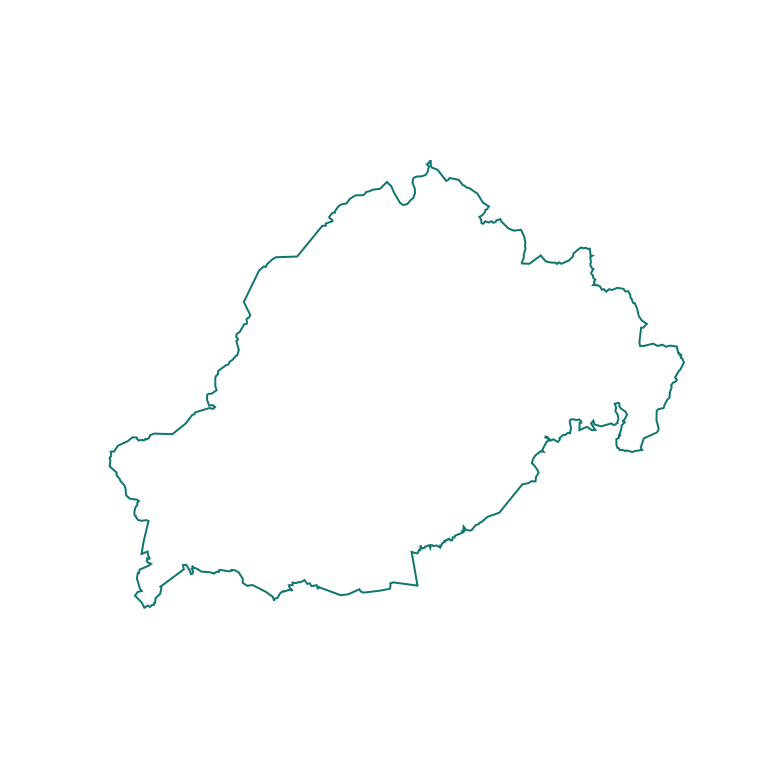 the district of Charo, Michoacán, Mexico, rotated 255°
{"feature_id": "50627088B3095160653206", "entity_name": "Charo", "entity_type": "district", "adm_level": 2, "iso_a3": "MEX", "parent_name": "Mexico", "parent_adm1": "Michoacán", "projection": "albers", "projection_center": [-101.029, 19.669], "detail": "fine", "context": "isolated", "style": "outline", "palette": "teal", "viewbox_px": 768, "rotation_deg": 255, "n_neighbors": 0, "source": "geoboundaries", "source_scale": "gbopen_adm2", "svg_char_len": 6150}
<svg xmlns="http://www.w3.org/2000/svg" viewBox="0 0 768 768"><g transform="rotate(255 384 384)"><path d="M563.9,381.6L562.2,380.9L562.7,379.7L562.4,378.0L559.5,374.2L558.5,374.3L555.7,376.4L554.5,376.3L554.1,369.3L551.9,368.8L552.8,365.4L529.6,333.2L534.4,312.4L533.3,308.5L530.1,302.2L527.7,300.2L528.7,298.2L525.9,292.7L499.5,269.8L485.2,272.7L483.3,270.9L482.3,268.0L478.2,267.4L477.6,266.6L477.8,264.3L471.5,258.0L470.5,254.7L468.0,253.5L464.9,254.6L463.6,252.5L454.6,252.6L449.7,249.7L449.7,248.5L446.6,244.0L445.4,240.6L443.2,238.9L442.9,235.8L439.5,227.2L436.4,226.0L435.1,223.7L433.2,222.5L425.5,220.5L421.3,220.7L419.3,215.0L419.9,211.6L419.0,210.2L414.2,209.0L408.4,209.5L407.8,213.3L405.4,214.8L404.2,212.5L406.0,209.0L405.4,194.3L403.9,193.1L403.7,190.7L397.1,182.1L390.3,166.5L395.5,149.5L395.2,145.0L392.8,143.1L391.9,140.6L392.7,139.3L391.8,138.1L391.8,136.9L392.7,135.8L392.9,132.5L395.1,131.2L396.3,131.3L397.6,127.2L395.1,121.7L393.2,111.0L388.6,105.6L389.4,102.5L385.0,101.9L383.6,99.8L380.7,99.8L375.4,97.7L367.6,102.8L365.1,102.1L360.9,104.0L358.4,104.4L353.4,106.9L350.5,107.3L343.1,106.1L339.0,108.8L336.1,115.6L334.3,116.9L333.2,115.0L330.7,114.2L329.9,112.7L327.6,111.0L324.3,109.5L321.5,109.1L320.8,110.1L319.7,109.9L316.2,111.3L314.5,114.7L314.1,119.0L312.6,121.1L294.2,111.1L282.5,105.8L283.4,112.3L279.8,111.8L276.3,112.5L275.8,111.9L277.0,110.1L274.3,109.2L272.6,109.7L270.7,112.5L269.6,110.5L267.9,99.9L264.9,98.3L265.4,97.8L264.6,97.0L260.0,95.0L249.6,95.3L246.8,96.3L246.8,92.1L244.0,88.7L235.7,93.4L229.9,94.6L231.1,98.2L230.9,99.0L229.2,100.0L230.6,102.9L230.3,104.8L232.1,105.3L232.1,106.4L236.3,107.9L239.2,113.5L245.2,116.4L246.1,115.6L256.8,142.7L261.1,142.9L260.9,144.1L260.5,146.2L253.8,148.1L250.2,148.4L250.4,150.0L252.4,151.0L255.5,150.6L255.4,151.7L258.2,151.7L256.0,152.6L254.1,155.4L250.1,159.0L247.1,167.4L244.9,170.7L245.9,173.5L245.3,176.0L246.6,176.0L246.8,178.0L243.2,185.5L243.1,188.6L243.9,188.7L242.7,191.7L239.7,194.8L237.4,195.6L232.3,197.2L228.6,196.0L224.4,199.7L223.9,204.8L222.9,206.1L214.0,215.9L207.2,221.5L203.0,221.8L204.9,222.5L204.9,225.7L208.7,229.5L209.4,231.0L210.0,233.5L209.4,233.6L209.8,240.5L209.1,240.5L208.0,242.3L211.2,240.2L214.2,240.0L213.5,243.7L215.9,244.3L214.3,247.8L214.8,250.0L214.1,251.8L215.2,256.5L210.9,258.1L210.6,260.8L207.5,261.6L207.1,266.9L203.7,267.1L203.7,267.5L205.2,267.7L191.2,287.5L190.1,295.0L192.1,307.1L189.7,307.7L187.8,310.2L185.5,325.8L184.7,336.7L187.1,338.0L189.8,338.4L189.9,341.8L180.6,364.2L214.7,367.2L212.0,371.5L211.9,372.7L214.5,374.8L214.2,376.0L218.8,377.6L214.8,377.6L216.1,378.1L215.3,378.6L215.4,381.1L216.2,381.6L216.5,386.0L213.6,386.2L216.2,387.7L215.6,389.2L214.8,389.5L214.3,393.2L211.5,395.9L213.3,396.5L212.8,397.2L214.9,398.9L216.0,402.3L216.7,401.8L217.9,407.4L217.1,406.4L217.1,407.2L215.6,407.9L215.5,409.5L218.1,410.8L217.5,412.4L219.1,413.4L220.2,422.1L221.6,421.4L221.4,423.4L223.4,423.2L225.7,424.0L221.9,425.5L220.1,429.3L220.1,430.6L224.1,436.3L224.1,439.2L225.0,440.1L225.6,442.9L228.9,449.5L229.8,462.0L251.2,491.6L250.9,498.0L251.9,501.2L250.7,505.1L255.2,507.0L258.1,510.3L261.0,510.1L266.8,507.9L269.3,506.3L272.8,508.5L275.7,511.5L278.4,517.7L277.2,520.6L279.2,519.7L285.6,525.6L286.6,527.5L286.5,528.9L288.9,528.2L290.6,526.0L291.4,526.3L290.7,528.0L286.2,530.6L286.8,533.2L283.0,537.0L284.9,539.5L286.3,539.5L288.5,544.2L287.8,545.8L289.3,549.2L288.2,550.8L292.8,553.2L299.5,553.6L301.3,554.8L301.3,556.6L299.2,561.4L299.2,563.4L297.3,564.7L295.6,564.6L296.0,563.0L288.9,560.8L290.1,569.0L285.5,572.9L284.8,576.2L292.2,573.8L294.4,576.7L290.6,576.7L286.9,582.7L287.1,593.3L284.7,595.3L285.9,599.6L287.2,599.7L289.3,601.3L293.4,601.8L298.1,600.5L301.0,602.1L305.2,601.8L305.1,605.6L304.3,606.3L301.3,605.6L298.9,606.6L294.6,610.2L291.4,610.8L286.9,606.6L286.9,605.3L286.3,605.1L284.6,606.6L282.5,602.7L280.5,602.3L274.5,598.7L273.3,598.6L273.7,597.6L271.1,596.9L270.6,594.2L265.1,592.8L262.0,592.8L261.1,594.4L259.5,594.3L258.0,598.4L256.7,599.6L257.0,601.3L254.0,606.3L254.3,608.8L253.5,616.2L256.0,615.5L264.2,620.8L266.6,635.1L268.1,636.9L270.2,637.8L278.4,637.8L287.6,640.5L288.6,642.5L288.5,648.0L291.3,649.6L295.6,653.7L296.8,656.2L301.9,658.0L306.6,661.1L308.4,661.0L310.6,663.7L310.7,666.1L312.3,668.0L315.1,666.9L320.7,672.7L321.4,674.2L327.3,679.3L331.7,678.6L332.1,677.7L334.0,677.6L334.7,678.7L335.9,678.2L335.9,676.9L337.7,676.9L337.8,676.2L344.4,676.5L347.1,670.0L346.9,666.2L349.9,663.1L350.0,658.1L353.3,654.4L353.5,645.0L354.5,641.2L358.0,641.4L371.8,646.9L371.3,649.0L374.1,653.5L378.6,649.4L383.7,647.7L390.8,648.0L397.2,647.2L397.4,646.0L398.2,645.5L402.3,645.2L403.2,644.4L406.4,644.9L410.4,643.9L411.0,641.0L413.9,640.0L416.5,634.4L415.8,628.7L417.3,625.8L415.6,622.5L418.7,620.9L418.7,618.8L422.4,617.9L424.0,616.1L425.5,611.6L426.9,613.5L428.5,613.4L430.0,615.1L432.3,613.5L434.5,614.0L436.7,612.8L437.8,612.9L440.9,616.0L441.6,615.0L445.0,614.1L446.7,614.4L447.9,615.4L453.2,616.1L454.0,618.5L454.9,616.8L461.4,617.8L461.8,615.7L463.4,614.1L463.5,611.8L464.8,609.8L464.3,607.9L461.1,600.8L458.3,599.5L455.4,594.4L454.2,586.5L456.3,584.3L455.2,582.1L456.7,581.2L458.4,575.9L460.7,571.9L467.6,568.7L462.5,555.6L464.7,548.5L465.8,548.6L469.4,551.5L473.0,552.7L478.4,555.8L481.8,556.0L483.0,557.0L490.2,557.6L497.5,556.2L498.5,549.1L502.1,544.5L510.8,539.3L513.2,538.9L512.8,534.7L511.6,533.8L511.4,531.4L513.4,529.8L512.9,526.8L515.0,524.1L513.1,521.1L514.0,519.8L517.6,520.4L520.7,519.3L521.8,523.0L523.8,525.8L526.0,527.1L526.1,528.6L528.4,531.3L533.6,526.5L543.7,523.5L551.4,516.9L552.2,514.8L554.7,513.1L555.7,511.6L561.8,509.1L566.0,500.7L564.6,499.1L564.1,496.7L576.1,491.6L577.6,490.6L580.8,486.0L583.4,485.8L587.3,486.9L587.4,485.7L585.9,485.0L585.7,483.3L584.9,482.2L582.5,483.8L577.0,480.6L575.2,478.4L574.8,474.4L575.9,469.6L575.5,465.9L571.4,463.6L565.3,464.3L560.6,463.5L556.1,460.5L554.7,457.2L551.7,453.0L552.0,448.7L555.1,446.3L565.8,443.3L573.3,442.2L578.4,439.1L573.6,430.9L574.6,423.2L573.9,419.9L574.1,416.4L572.1,414.0L571.8,412.7L573.6,405.3L571.6,398.8L568.1,394.6L568.5,389.6L567.8,386.6L563.9,381.6Z" fill="none" stroke="#0f766e" stroke-width="2"/></g></svg>